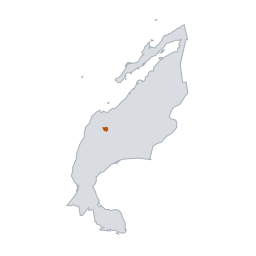 location of Tepatitlán de Morelos, Jalisco, Mexico, rotated 82°
{"feature_id": "50627088B2236724736063", "entity_name": "Tepatitlán de Morelos", "entity_type": "district", "adm_level": 2, "iso_a3": "MEX", "parent_name": "Mexico", "parent_adm1": "Jalisco", "projection": "natural_earth1", "projection_center": [-102.733, 20.817], "detail": "fine", "context": "in_parent", "style": "filled", "palette": "amber", "viewbox_px": 256, "rotation_deg": 82, "n_neighbors": 0, "source": "geoboundaries", "source_scale": "gbopen_adm2", "svg_char_len": 4636}
<svg xmlns="http://www.w3.org/2000/svg" viewBox="0 0 256 256"><g transform="rotate(82 128 128)"><path d="M33.5,58.0L49.0,56.6L48.2,58.2L72.4,67.5L90.6,67.5L90.7,63.9L102.0,64.0L103.9,66.5L111.8,73.3L113.7,79.1L115.1,81.3L122.5,85.8L124.9,84.1L126.7,79.9L128.9,79.0L134.3,79.7L138.7,84.4L141.8,91.1L146.9,97.2L147.3,101.1L149.6,105.9L161.0,110.4L162.5,109.7L159.2,122.1L158.2,136.9L158.7,140.1L161.7,144.3L161.1,146.6L161.3,144.3L158.8,140.7L159.6,144.0L162.7,151.0L167.6,157.7L168.7,161.8L172.1,166.0L171.2,165.9L173.2,166.9L172.5,166.3L176.1,166.8L178.7,168.3L181.0,171.0L187.0,169.0L191.4,168.7L194.3,167.0L197.4,166.7L198.1,167.3L197.9,168.2L200.4,168.8L202.1,167.4L201.6,165.3L200.8,165.8L201.0,165.4L205.6,161.7L205.8,158.8L207.1,157.0L207.1,152.3L207.9,148.7L211.3,146.6L217.5,145.5L220.2,144.3L223.3,144.0L228.3,145.3L228.7,144.5L227.4,144.4L229.1,143.9L231.1,145.5L231.5,147.6L230.6,150.4L227.4,154.8L227.4,157.7L225.8,159.5L226.1,160.1L227.5,159.9L226.0,161.7L226.0,162.5L227.1,162.2L225.2,169.5L224.7,170.2L223.6,168.5L223.3,165.8L221.9,168.6L220.4,168.8L218.6,172.6L216.4,172.6L216.3,173.8L204.1,173.8L204.2,178.2L201.4,178.2L208.1,185.0L208.0,187.5L199.3,187.5L196.3,193.7L197.2,195.3L196.2,199.4L189.9,192.4L184.8,187.6L181.7,185.8L181.4,186.3L184.2,187.9L179.8,186.4L180.1,185.3L178.9,185.8L178.2,184.8L177.4,185.9L178.9,186.4L176.6,186.6L174.5,188.2L167.5,190.8L163.0,188.7L159.2,188.3L156.6,186.4L154.0,185.6L152.4,183.8L146.2,182.4L138.5,178.6L133.5,175.1L131.3,172.7L126.1,171.8L121.2,169.8L118.1,165.8L111.3,162.1L107.7,156.8L106.5,153.6L109.2,152.1L108.7,150.7L107.5,150.3L109.4,147.8L109.6,144.9L108.1,143.9L106.7,141.0L106.7,138.3L105.7,136.0L101.7,131.5L98.3,126.1L92.9,121.5L94.4,122.3L94.5,121.3L91.7,120.3L89.5,116.7L91.0,116.8L86.8,114.3L86.3,113.1L84.7,113.5L84.4,113.0L85.6,111.5L83.6,112.6L82.4,111.6L82.1,109.2L83.6,107.0L84.2,107.4L83.2,105.2L81.8,103.8L80.1,103.9L78.9,100.9L76.7,100.3L75.4,99.0L74.6,96.4L75.2,94.8L71.3,93.9L64.7,85.7L64.4,83.7L63.4,83.1L59.3,72.8L59.0,69.7L59.4,68.7L55.8,67.3L54.9,65.7L53.7,65.1L52.4,66.1L47.5,63.0L48.3,65.0L47.6,68.8L48.7,71.9L49.5,77.8L54.5,82.9L56.0,86.4L56.8,86.2L57.2,87.3L57.9,87.4L58.6,89.7L60.0,90.3L60.8,95.1L63.4,97.4L64.2,100.1L65.4,100.9L66.3,104.1L67.3,104.9L66.8,102.5L68.2,103.9L69.9,111.1L71.5,113.2L73.7,118.4L73.4,120.5L73.8,122.5L75.7,124.4L76.4,122.5L81.9,129.3L81.4,131.8L79.2,133.7L78.0,133.9L75.7,128.3L67.2,120.8L66.4,120.9L64.6,118.6L64.3,117.0L64.8,113.5L64.1,110.1L62.9,107.8L58.7,104.8L57.9,102.0L57.1,103.2L55.0,103.8L53.4,101.8L49.5,99.8L49.0,98.2L46.1,95.8L45.8,94.9L48.8,95.4L50.6,94.7L50.6,95.5L52.1,96.2L51.6,94.3L50.9,94.2L52.4,90.3L46.8,83.0L42.1,79.9L41.3,78.3L41.4,75.5L40.2,74.7L39.9,71.6L38.4,70.3L38.3,68.5L36.3,65.6L35.9,64.3L36.6,63.4L35.2,62.2L33.5,58.0ZM64.5,85.8L63.9,87.6L62.4,87.0L63.1,84.2L64.0,83.9L64.5,85.8ZM58.3,85.4L56.1,83.4L55.6,81.3L56.7,82.0L56.9,83.1L58.0,83.4L58.3,85.4ZM230.6,154.2L230.1,153.6L230.3,152.8L231.7,152.1L230.6,154.2ZM64.7,120.9L63.2,119.0L64.1,115.1L63.8,118.6L64.7,120.9ZM45.0,93.1L43.8,92.9L44.7,90.8L45.2,92.3L45.0,93.1ZM25.3,86.3L24.3,84.9L24.5,84.3L24.9,84.4L25.3,86.3ZM66.0,120.9L66.9,122.5L65.0,121.0L66.0,120.9ZM101.0,144.0L100.8,144.6L100.3,144.4L100.1,143.3L101.0,144.0ZM74.4,117.0L74.7,118.2L73.7,116.7L74.4,117.0ZM70.6,109.1L71.2,109.6L70.3,110.7L70.6,109.1ZM71.5,166.5L71.1,166.7L70.5,166.2L71.0,165.6L71.5,166.5ZM199.6,166.8L198.5,167.0L200.3,166.4L199.6,166.8ZM79.5,123.7L79.0,123.6L78.9,122.5L79.5,123.7Z" fill="#d9dde1" stroke="#a8b0b8" stroke-width="1"/><path d="M124.8,151.4L124.8,151.5L124.7,151.6L124.7,151.8L124.9,151.8L124.8,152.0L125.0,151.9L125.3,151.9L125.3,151.7L125.5,151.7L125.5,151.8L125.5,151.7L125.5,151.8L125.6,151.7L125.7,151.8L125.8,151.8L125.9,151.7L126.0,151.5L125.9,151.8L126.0,151.8L126.1,151.7L126.1,151.8L126.1,151.7L126.2,151.8L126.3,151.7L126.3,151.8L126.5,151.9L126.7,151.7L126.7,151.8L126.7,151.7L126.8,151.7L127.0,151.5L127.1,151.4L127.2,151.2L126.9,150.9L126.9,150.7L126.9,150.4L127.0,150.4L127.1,150.2L127.1,150.3L127.3,150.1L127.2,150.1L127.3,150.1L127.4,149.9L127.5,149.9L127.5,149.7L127.5,149.4L127.4,149.4L127.2,149.3L127.1,149.2L126.9,149.1L126.7,149.2L126.4,149.1L126.5,149.0L126.5,148.9L126.5,149.0L126.4,149.0L126.2,148.9L126.2,148.7L125.9,148.6L126.0,148.5L125.9,148.5L126.0,148.5L125.9,148.5L125.7,148.5L125.7,148.4L125.7,148.5L125.4,148.7L125.2,148.8L125.1,148.7L125.0,148.8L124.9,148.8L124.8,149.0L124.7,149.3L124.5,149.5L124.5,149.8L124.8,149.9L125.0,149.8L125.3,150.0L125.4,150.3L125.4,150.5L125.4,150.8L125.3,151.0L125.2,151.1L124.9,151.1L124.8,151.3L124.8,151.4Z" fill="#f59e0b" stroke="#b45309" stroke-width="1.5"/></g></svg>